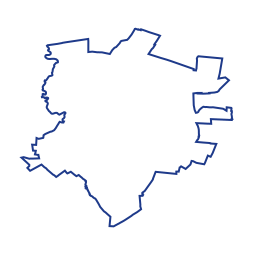 Rēzekne, Rezekne, Latvia, rotated 6°
{"feature_id": "27541924B24417466951729", "entity_name": "Rēzekne", "entity_type": "district", "adm_level": 2, "iso_a3": "LVA", "parent_name": "Latvia", "parent_adm1": "Rezekne", "projection": "equal_earth", "projection_center": [27.335, 56.508], "detail": "fine", "context": "isolated", "style": "outline", "palette": "blue", "viewbox_px": 256, "rotation_deg": 6, "n_neighbors": 0, "source": "geoboundaries", "source_scale": "gbopen_adm2", "svg_char_len": 5564}
<svg xmlns="http://www.w3.org/2000/svg" viewBox="0 0 256 256"><g transform="rotate(6 128 128)"><path d="M119.9,227.5L124.0,227.3L133.4,220.8L135.2,219.4L140.5,215.1L141.9,213.7L145.9,210.7L149.5,207.4L148.4,204.6L148.3,202.9L146.6,194.3L147.3,194.2L149.6,193.9L150.0,193.0L149.6,192.8L149.1,192.1L149.5,191.7L149.1,190.8L151.2,188.9L152.7,186.3L153.3,185.2L155.6,181.2L157.0,178.7L158.1,176.6L158.2,175.6L158.6,174.2L159.9,169.3L160.1,168.7L180.9,168.6L180.6,166.3L181.7,166.1L183.0,166.1L183.5,161.9L183.8,161.8L184.8,160.6L189.6,162.7L193.9,157.8L194.7,154.1L196.3,154.2L199.6,155.5L207.6,156.1L208.2,154.6L210.3,147.1L213.2,148.0L214.8,144.1L217.5,134.6L211.7,134.8L211.6,134.5L210.9,134.4L203.7,134.6L197.2,134.7L198.1,132.8L198.4,132.4L198.7,132.2L199.0,131.4L199.3,130.4L199.1,130.0L199.1,129.1L199.5,129.1L199.6,127.8L199.2,127.1L199.2,126.5L199.0,125.8L198.9,124.6L198.6,122.4L198.1,120.7L197.7,119.8L197.1,118.4L196.6,117.8L195.5,116.0L206.3,115.4L210.3,115.1L209.5,110.5L230.3,109.2L230.1,108.3L230.8,108.2L230.3,106.9L230.0,105.3L229.4,103.4L229.5,102.5L229.6,102.4L229.7,101.7L229.5,100.3L228.8,100.2L228.9,97.8L228.9,97.5L228.6,97.2L224.0,97.1L224.2,100.2L224.2,100.6L223.3,100.2L222.0,99.5L220.5,98.9L210.6,98.5L206.9,98.9L205.3,98.9L203.7,98.9L202.8,99.1L200.7,99.0L199.1,100.3L198.2,101.3L197.3,102.3L196.6,103.5L196.2,104.7L195.6,105.2L194.8,105.6L193.9,105.8L192.4,103.1L191.0,98.5L190.3,93.5L189.4,86.8L193.1,85.9L196.0,85.6L195.2,86.3L199.3,86.0L205.3,85.1L205.1,84.6L210.2,83.7L213.0,82.8L214.3,81.7L215.1,80.0L223.4,70.0L219.5,67.5L212.8,69.4L213.5,64.4L214.5,49.0L190.5,49.3L189.9,49.9L189.5,50.7L189.2,51.8L189.6,53.6L189.9,61.8L189.8,62.0L189.6,63.7L187.2,63.7L187.2,62.5L163.5,56.9L159.3,56.0L153.3,54.9L140.7,52.3L143.4,47.1L144.5,45.9L146.3,42.5L145.4,42.3L145.8,41.4L147.6,38.2L150.2,32.9L148.8,32.5L138.7,30.4L135.2,29.5L130.7,28.5L130.5,29.4L127.9,28.8L127.7,29.2L125.1,28.5L124.4,28.8L124.0,30.0L121.8,34.7L119.2,38.9L118.2,40.1L118.0,40.4L112.6,42.0L111.8,42.5L110.8,44.6L107.8,48.7L106.7,49.3L106.1,49.7L104.2,52.2L102.2,56.3L94.3,55.5L89.3,55.9L84.5,55.8L80.6,56.6L79.5,45.9L79.1,43.6L57.4,49.2L54.1,50.1L53.5,50.4L49.1,51.7L39.4,54.1L38.8,54.7L39.3,55.5L40.3,56.2L40.8,56.7L41.1,57.4L41.2,57.8L40.7,58.3L40.3,59.0L40.5,59.4L40.9,59.7L42.4,60.4L43.0,60.8L43.3,61.3L43.4,62.0L43.2,62.7L42.6,63.2L41.9,63.6L40.8,63.8L39.6,63.9L39.0,64.0L38.5,64.5L38.3,65.1L38.3,65.8L38.6,66.3L39.4,66.9L40.4,67.4L41.2,67.6L42.5,67.6L44.0,67.4L45.2,67.1L46.2,67.0L47.3,66.9L49.2,67.1L49.7,67.3L50.5,67.9L51.0,68.3L51.3,69.0L51.4,69.6L51.4,70.0L50.6,70.4L49.6,70.8L48.0,72.9L48.0,73.7L48.3,74.3L48.2,74.8L47.1,77.4L47.1,79.2L47.0,80.1L46.9,80.6L46.6,81.0L46.7,81.4L46.9,82.0L47.2,82.8L47.3,83.3L47.0,83.7L45.9,84.2L44.5,84.6L44.0,84.9L43.4,85.8L43.0,86.7L42.4,87.8L42.1,88.2L41.9,88.7L41.6,89.1L41.1,89.4L40.4,89.3L40.1,90.0L40.3,90.7L41.1,91.3L41.0,92.3L40.6,93.1L40.2,93.8L39.8,93.9L39.4,94.7L38.9,95.9L39.0,96.7L39.3,97.4L39.4,98.1L39.0,98.9L39.3,99.5L40.3,99.7L41.5,100.1L42.3,100.5L42.5,100.8L42.7,101.2L42.8,102.4L42.6,103.0L42.4,103.3L41.8,103.5L41.1,103.2L40.4,102.9L39.9,103.0L39.6,103.2L39.6,103.7L39.8,104.3L39.6,105.0L39.5,105.6L39.4,105.9L39.1,106.1L39.2,106.4L40.5,106.2L41.2,106.3L41.7,106.4L41.9,106.9L42.3,107.1L42.7,107.1L43.2,107.0L43.5,106.9L43.6,106.3L44.3,106.2L44.9,106.3L45.4,106.5L45.5,106.8L45.4,107.2L45.1,107.8L44.3,108.8L43.5,109.3L43.0,109.7L43.1,110.0L43.4,110.2L44.8,110.7L45.2,111.1L45.5,111.5L45.7,112.0L45.7,112.5L45.0,115.1L45.0,115.9L45.1,116.3L45.5,116.9L47.1,118.8L47.5,119.3L48.8,120.2L49.4,120.8L49.8,121.2L50.2,121.5L50.7,121.7L51.3,121.7L51.9,121.6L54.1,120.6L55.4,120.4L55.7,120.4L56.0,120.5L56.3,120.7L57.1,121.3L58.0,121.8L58.4,121.9L58.7,121.7L59.4,121.2L62.8,119.0L63.2,119.0L63.5,119.0L63.8,119.1L64.1,119.3L64.2,119.6L64.2,120.0L63.4,121.3L63.3,121.7L63.3,122.0L63.4,122.3L63.6,122.8L63.7,123.4L63.7,124.1L63.3,124.8L62.3,125.8L62.0,126.2L62.0,126.5L62.1,127.0L62.3,127.6L62.9,128.1L63.6,128.2L63.2,129.3L62.2,129.4L61.4,129.4L59.4,129.0L58.8,130.0L58.5,130.8L57.2,133.4L56.2,135.6L54.8,137.9L52.4,139.5L51.2,139.8L46.4,142.6L45.0,143.8L44.8,144.0L44.8,144.3L44.8,146.5L44.7,146.7L40.4,148.1L40.1,148.1L38.1,147.5L38.4,154.4L34.4,154.6L34.6,155.2L35.2,157.6L35.9,160.4L38.7,160.3L38.5,162.4L38.3,163.1L38.2,164.0L40.2,164.1L41.4,164.3L41.5,164.3L41.7,164.2L42.8,167.5L35.7,168.5L33.7,168.7L33.1,168.9L27.3,167.9L25.2,168.6L33.7,174.9L33.8,176.1L32.1,178.2L35.1,180.8L45.8,173.4L48.9,175.7L50.9,176.7L52.1,177.9L58.3,182.2L59.6,182.7L61.7,184.2L63.5,182.7L63.9,182.2L69.7,177.0L71.8,179.1L72.2,179.4L72.5,179.5L75.7,177.5L77.7,178.8L79.5,180.0L81.7,181.3L83.9,179.9L86.1,181.5L86.7,181.8L87.0,182.0L88.8,183.4L89.8,183.8L91.4,184.8L91.2,185.2L91.5,185.5L91.8,185.6L91.9,185.9L91.9,186.4L91.9,186.5L91.8,186.8L91.8,187.1L91.7,188.0L91.5,188.4L91.5,188.6L91.7,189.0L92.3,189.6L91.9,189.8L92.0,190.1L91.8,190.5L92.5,190.9L92.5,191.0L92.8,191.1L92.7,191.3L92.4,191.3L92.3,191.5L92.9,191.7L92.8,191.9L92.9,192.0L93.0,192.2L93.4,192.1L93.4,192.3L93.4,192.5L93.5,192.7L93.3,192.8L93.9,193.0L94.2,193.2L94.4,193.9L94.7,194.2L94.6,194.4L95.2,195.1L95.5,195.6L95.8,195.9L95.9,196.2L96.1,196.6L96.5,196.9L96.4,197.2L96.5,197.6L96.8,197.7L96.8,198.1L96.9,198.3L97.2,198.4L97.2,198.8L97.7,199.0L97.8,199.2L98.3,199.4L98.5,199.5L98.9,199.5L99.9,200.0L100.3,200.3L100.4,200.5L102.0,201.4L102.6,201.5L103.0,201.8L103.5,202.3L104.6,203.7L106.9,206.8L107.9,208.3L108.5,209.3L110.5,211.2L112.8,213.4L114.5,214.3L116.8,216.0L119.1,217.6L119.8,218.1L119.9,227.5Z" fill="none" stroke="#1e3a8a" stroke-width="2"/></g></svg>